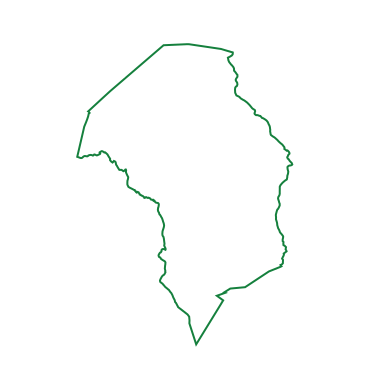 San José Lachiguiri, Oaxaca, Mexico, rotated 347°
{"feature_id": "50627088B89681862537656", "entity_name": "San José Lachiguiri", "entity_type": "district", "adm_level": 2, "iso_a3": "MEX", "parent_name": "Mexico", "parent_adm1": "Oaxaca", "projection": "mercator", "projection_center": [-96.341, 16.394], "detail": "fine", "context": "isolated", "style": "outline", "palette": "green", "viewbox_px": 384, "rotation_deg": 347, "n_neighbors": 0, "source": "geoboundaries", "source_scale": "gbopen_adm2", "svg_char_len": 5952}
<svg xmlns="http://www.w3.org/2000/svg" viewBox="0 0 384 384"><g transform="rotate(347 192 192)"><path d="M289.7,195.7L290.4,193.8L290.3,191.3L290.6,189.2L291.3,188.6L292.8,188.1L294.0,188.3L295.2,188.2L295.9,187.7L295.7,186.2L294.9,184.9L294.2,183.7L293.5,181.7L292.8,181.0L292.6,179.5L293.5,178.6L294.0,177.7L295.6,176.6L295.7,175.6L295.3,174.4L294.4,173.0L293.6,173.1L292.7,171.9L291.7,170.9L292.1,169.3L291.0,166.8L290.5,165.9L289.3,164.4L288.0,162.5L287.8,162.2L287.4,161.5L287.0,160.7L285.2,158.1L284.6,157.3L283.5,156.3L281.8,154.3L281.6,153.5L281.7,152.2L281.8,150.3L282.2,149.2L282.3,148.0L282.5,146.2L282.4,144.7L282.0,143.4L281.6,141.0L280.7,139.1L279.5,137.7L277.9,136.1L277.0,135.7L275.7,133.3L274.9,133.0L273.3,131.9L271.7,131.5L270.7,130.3L270.6,129.4L271.7,127.5L271.7,126.4L271.1,125.7L270.0,124.6L269.4,123.8L268.7,122.3L268.1,121.1L267.6,120.1L265.8,117.2L263.6,114.6L262.3,113.5L260.5,111.7L259.6,110.1L258.9,109.4L257.0,107.9L256.4,105.0L257.0,101.6L257.7,99.9L258.7,99.1L259.5,98.9L260.4,97.6L260.5,96.8L260.6,95.6L259.8,93.5L259.8,92.6L260.5,91.5L262.2,89.9L262.6,88.1L262.1,87.2L261.6,85.9L261.1,84.7L260.3,83.3L260.7,81.1L260.4,79.6L260.0,78.8L259.5,77.7L258.7,76.5L258.2,75.3L257.5,73.9L257.1,72.0L257.2,70.6L257.2,70.1L257.2,69.2L259.6,68.6L261.6,67.9L262.6,67.0L263.1,65.6L263.1,65.1L261.7,64.4L252.3,59.1L222.5,47.4L220.2,46.8L219.5,46.7L197.3,42.6L135.0,75.3L125.8,80.5L109.0,90.1L109.4,90.5L110.0,91.9L109.0,92.5L107.8,95.0L106.2,97.6L104.6,100.0L101.7,104.1L88.1,131.9L90.0,133.1L90.7,133.6L91.6,134.0L92.5,134.0L93.2,133.7L94.1,133.1L95.2,132.8L96.2,133.0L97.1,133.4L98.0,133.7L98.6,133.6L99.3,133.1L100.4,133.0L101.0,133.0L101.7,133.1L102.4,133.4L103.2,133.8L103.6,134.2L103.9,134.2L104.4,134.0L105.0,133.5L105.4,133.5L106.1,133.9L106.6,134.3L107.1,134.7L107.5,134.9L108.1,134.9L109.0,134.7L109.9,134.5L110.7,134.4L111.0,134.1L111.2,133.9L111.1,133.6L110.9,133.2L110.8,132.8L110.9,132.6L111.5,132.4L112.3,132.2L112.8,131.9L113.3,131.9L113.8,132.1L114.2,132.5L114.9,133.0L115.3,133.7L115.6,133.9L116.2,133.8L116.8,134.5L118.1,136.4L118.7,138.5L119.7,141.2L119.3,142.4L120.0,144.0L121.2,145.4L121.9,145.0L122.9,144.2L124.1,145.2L124.3,146.2L124.2,148.3L124.7,149.5L125.1,151.0L125.7,152.8L126.2,154.1L128.3,154.6L129.1,155.4L129.8,156.3L130.8,156.1L132.2,155.1L132.6,155.2L132.7,156.0L132.4,156.8L132.1,157.9L132.3,159.3L132.6,160.9L133.2,163.2L132.6,164.8L131.6,166.6L131.0,168.8L130.7,170.3L131.2,172.7L132.2,173.7L133.9,175.1L135.2,176.2L135.8,176.8L136.4,177.2L136.6,177.2L136.7,177.6L136.8,178.2L137.0,178.5L137.3,178.7L137.5,179.0L137.5,179.3L137.5,179.6L137.7,179.8L137.8,179.6L138.1,179.3L138.3,179.3L138.5,179.5L138.5,179.8L138.6,180.0L138.9,180.0L139.2,179.9L139.5,180.1L139.8,180.2L139.9,180.5L139.9,180.9L140.1,181.2L140.4,181.6L140.5,181.9L140.4,182.3L140.4,182.6L140.8,182.8L141.0,183.2L141.2,183.4L141.4,183.6L141.8,183.7L142.0,183.8L142.1,184.1L142.2,184.3L142.4,184.4L142.9,184.7L143.4,185.1L143.6,185.5L143.7,185.8L144.0,186.0L144.3,186.4L144.4,186.7L144.3,187.0L144.5,187.1L144.8,187.0L144.9,186.9L145.0,186.9L145.2,187.0L145.4,187.0L145.6,186.9L145.7,186.7L145.9,186.7L146.1,186.7L146.3,187.0L146.6,187.1L146.9,187.3L147.2,187.5L147.5,187.8L147.8,187.9L148.2,187.9L148.5,187.8L148.8,188.1L149.0,188.2L149.4,188.5L149.7,188.8L149.9,189.1L150.1,189.7L150.3,190.1L150.6,190.3L151.2,190.5L151.5,190.6L151.8,190.9L152.0,190.9L152.3,190.9L152.3,191.1L152.3,191.5L152.4,191.8L152.5,191.9L152.8,191.6L153.0,191.5L153.4,191.9L153.6,192.3L153.6,192.5L153.6,192.9L153.9,193.4L154.2,194.0L154.5,194.2L155.7,194.8L156.4,195.1L156.8,195.7L156.9,196.3L156.8,197.0L156.2,198.5L155.8,199.3L155.4,199.8L155.2,200.5L154.8,201.4L154.7,202.3L154.7,203.3L155.2,204.8L155.2,205.8L155.3,206.6L155.7,207.0L156.2,208.5L156.5,209.7L156.9,210.8L157.1,212.7L157.2,214.5L157.4,216.2L157.3,218.3L156.7,219.8L156.2,220.7L155.5,221.9L155.1,222.5L154.4,223.8L154.1,224.8L153.8,225.7L153.5,227.2L153.6,228.1L153.8,228.7L154.1,229.3L154.1,231.1L153.7,234.8L153.6,236.1L153.4,236.7L152.9,237.8L153.0,238.9L153.2,239.7L153.4,240.4L153.5,241.7L153.1,242.3L152.4,241.8L151.9,241.4L151.2,241.1L150.7,241.0L150.1,241.1L149.6,241.4L149.2,241.8L149.1,242.4L148.9,242.9L148.5,243.4L148.0,243.8L147.5,243.8L147.1,244.0L146.4,244.6L145.6,245.5L145.2,246.1L145.1,246.6L145.2,247.3L145.2,247.7L146.4,248.8L146.7,250.1L148.1,251.7L149.2,252.7L150.0,253.6L150.3,254.6L150.2,254.8L149.9,256.0L149.7,256.6L149.3,257.5L148.7,259.3L148.3,260.5L148.3,262.3L148.3,262.7L148.0,263.5L148.1,264.1L147.9,264.5L147.3,265.1L146.8,265.8L146.0,266.4L145.1,266.7L144.8,266.8L143.8,267.5L143.3,268.0L142.8,268.6L141.8,269.7L140.9,271.0L140.8,271.6L140.9,272.6L141.6,273.5L142.0,274.0L142.6,274.6L143.3,276.1L143.5,276.3L144.5,278.4L146.2,280.6L146.9,281.6L147.4,282.1L148.4,284.6L149.1,285.8L149.7,288.1L149.8,288.6L149.9,289.7L150.2,291.2L150.8,293.4L150.8,295.4L151.4,296.4L151.7,297.4L152.2,299.5L152.3,299.6L152.6,301.1L160.1,310.3L161.2,312.8L160.7,316.5L159.9,319.4L161.8,341.4L194.1,308.6L198.0,304.6L192.9,298.7L201.8,297.7L200.9,297.0L207.6,294.7L222.3,296.7L249.1,286.7L261.4,284.8L262.1,284.6L261.8,284.3L261.8,283.8L261.8,283.0L263.1,282.9L264.5,281.9L265.4,278.6L264.8,277.2L265.9,275.8L266.5,275.2L267.5,273.7L267.5,272.6L270.8,271.1L270.7,270.2L270.3,268.9L271.2,266.9L270.1,265.1L269.2,264.4L269.3,263.2L269.9,261.3L269.3,260.3L269.7,258.5L270.2,257.6L270.8,256.1L270.7,255.2L270.2,254.1L269.8,253.2L269.2,252.2L268.6,250.8L268.5,249.3L268.2,248.0L267.8,246.7L267.7,244.8L267.6,243.6L267.9,241.5L267.9,240.3L267.8,239.1L267.7,237.4L268.2,235.6L268.5,233.3L269.0,232.2L270.3,229.7L271.2,228.3L272.1,227.8L273.3,226.4L274.4,224.9L274.8,223.2L274.6,221.9L274.6,220.6L274.4,218.6L274.4,217.7L274.9,216.4L275.8,215.5L276.6,214.6L277.2,213.1L277.4,212.0L277.8,210.4L278.2,208.8L278.7,206.6L279.6,205.4L281.1,204.2L282.4,203.3L285.0,201.9L287.2,201.1L287.7,200.0L288.1,199.2L288.5,197.7L289.7,195.7Z" fill="none" stroke="#15803d" stroke-width="2"/></g></svg>